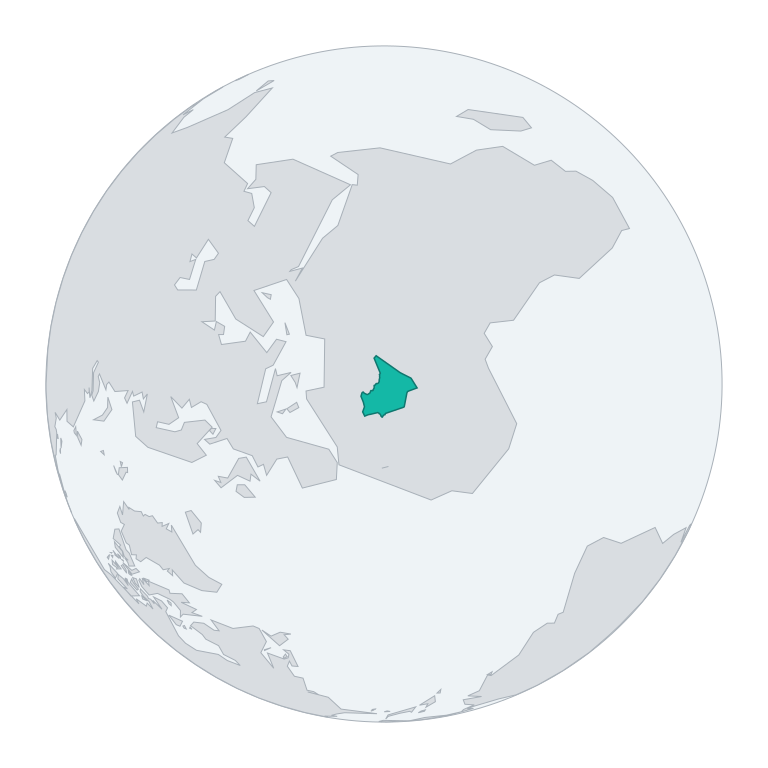 Tamanghasset on an orthographic globe, rotated 249°
{"feature_id": "DZA-2189", "entity_name": "Tamanghasset", "entity_type": "Province", "adm_level": 1, "iso_a3": "DZA", "parent_name": "Algeria", "parent_adm1": "", "projection": "orthographic", "projection_center": [6.568, 24.092], "detail": "medium", "context": "on_globe", "style": "filled", "palette": "teal", "viewbox_px": 768, "rotation_deg": 249, "n_neighbors": 0, "source": "natural_earth", "source_scale": "10m", "svg_char_len": 10655}
<svg xmlns="http://www.w3.org/2000/svg" viewBox="0 0 768 768"><g transform="rotate(249 384 384)"><circle cx="384" cy="384" r="338" fill="#eef3f6" stroke="#a8b0b8"/><path d="M368.4,46.4L356.1,47.3L369.5,46.7L352.7,49.5L310.9,56.5L303.8,60.8L266.6,76.4L272.3,75.7L261.8,82.5L264.4,84.4L256.7,87.7L265.4,86.6L271.9,83.4L277.8,82.0L280.0,83.2L270.6,87.2L268.2,87.2L266.6,89.1L261.0,90.8L264.9,90.6L253.3,96.0L267.8,92.6L261.2,98.6L252.6,101.7L249.7,98.7L222.6,101.9L213.1,105.8L202.6,113.5L190.9,132.4L182.0,138.6L172.7,148.9L179.3,146.1L189.0,137.3L199.0,135.8L209.6,126.2L215.2,124.6L227.7,116.8L229.9,121.1L225.2,130.0L215.0,137.1L212.7,141.6L225.7,138.0L209.9,155.4L205.0,175.1L200.5,179.8L185.7,181.9L177.3,172.7L158.1,179.2L174.6,178.8L163.0,192.2L162.7,196.4L165.8,198.4L171.8,195.0L168.6,200.9L151.1,202.5L153.7,197.1L159.2,196.4L155.2,192.6L143.3,195.6L138.4,203.0L125.7,202.4L122.0,208.1L117.2,211.7L123.9,202.4L111.5,219.7L95.9,227.4L78.7,259.3L91.2,229.5L92.9,221.7L93.5,216.2L90.5,221.2L95.3,209.4L93.0,212.2L105.9,192.1L120.2,172.9L135.7,154.7L152.6,137.7L170.6,122.0L189.7,107.6L209.7,94.5L230.6,82.9L252.3,72.8L274.7,64.3L297.6,57.3L320.9,52.0L344.5,48.4L368.4,46.4ZM68.0,264.2L67.3,266.1L70.8,258.1L70.3,262.6L60.5,286.8L58.0,302.8L52.4,323.7L50.3,338.7L51.6,341.6L52.1,353.3L56.0,344.8L60.8,344.8L57.3,363.1L62.8,350.5L63.5,363.1L75.2,376.4L73.4,379.5L82.7,412.7L98.6,434.5L102.2,450.7L99.7,457.4L106.6,464.0L106.7,469.5L139.0,494.2L159.8,515.7L162.0,534.0L150.3,548.3L152.9,585.7L135.3,587.0L139.8,600.6L141.6,614.5L129.8,604.5L142.5,618.7L143.5,621.1L138.4,616.1L119.7,594.5L102.8,571.4L88.0,546.9L74.5,518.1L68.5,503.4L59.8,479.3L52.3,448.4L47.9,419.4L47.1,407.1L46.5,395.7L48.9,378.4L51.0,351.9L50.9,345.3L49.1,351.3L51.4,325.5L56.0,303.5L58.4,293.6L68.0,264.2ZM73.6,269.2L71.2,297.9L67.7,292.1L69.2,290.7L70.9,281.0L72.2,268.9L70.6,265.5L73.6,269.2ZM83.2,258.0L83.3,254.5L83.9,256.7L83.2,258.0ZM225.7,115.0L226.6,115.9L223.8,116.9L225.7,115.0ZM230.1,111.1L226.2,111.6L227.7,109.9L230.1,109.5L230.1,111.1ZM234.7,110.9L231.0,106.7L233.8,103.8L245.3,100.3L234.7,110.9ZM394.0,46.2L396.5,46.3L397.6,46.4L399.9,46.5L397.9,46.9L386.1,46.1L375.5,46.2L376.7,46.2L394.0,46.2ZM273.0,81.9L266.2,85.4L269.9,81.6L273.0,81.9ZM273.9,79.9L276.8,71.8L287.9,67.8L284.7,71.0L297.5,65.7L301.5,67.7L295.4,71.0L287.4,73.0L295.0,72.4L273.9,79.9ZM394.1,47.5L396.0,48.0L391.8,47.7L394.1,47.5ZM280.5,81.2L280.1,79.6L289.7,76.0L292.3,78.5L288.3,78.8L280.5,81.2ZM298.9,63.7L306.5,61.8L311.8,62.8L315.5,62.3L302.6,67.4L298.9,63.7ZM287.3,80.3L293.3,80.0L290.8,83.0L281.6,82.6L287.3,80.3ZM291.1,74.1L295.8,72.6L294.0,74.2L291.1,74.1ZM285.0,94.4L284.3,91.9L289.2,89.7L285.0,94.4ZM295.8,79.8L296.7,78.8L298.5,77.8L301.9,78.4L295.8,79.8ZM307.2,68.0L307.9,69.0L312.8,65.9L317.0,67.0L307.6,70.4L313.4,69.4L314.7,69.8L305.6,72.3L307.2,68.0ZM310.9,76.2L300.4,81.8L300.7,86.4L296.3,88.4L296.7,80.6L310.9,76.2ZM308.6,73.6L309.0,75.5L303.4,76.6L299.5,76.0L308.6,73.6ZM323.2,66.7L319.2,64.1L321.4,63.5L323.2,66.7ZM312.1,77.2L314.6,75.9L312.8,77.4L312.1,77.2ZM321.1,69.5L319.3,68.5L321.9,67.9L321.1,69.5ZM321.1,74.3L317.7,76.0L315.0,75.5L321.1,74.3ZM322.0,71.9L325.9,71.3L316.0,74.3L320.8,71.5L322.0,71.9ZM323.7,69.0L324.7,68.3L324.1,69.6L323.7,69.0ZM333.3,75.8L321.5,79.8L315.6,78.4L327.8,74.6L333.3,75.8ZM498.7,66.1L505.6,68.7L536.6,82.5L535.6,82.0L557.2,93.8L577.8,107.2L597.5,122.1L616.0,138.3L633.3,155.9L649.2,174.6L663.8,194.5L676.8,215.4L688.3,237.1L698.2,259.7L706.4,282.9L713.0,306.7L712.1,304.2L717.2,328.2L717.8,331.1L719.1,340.1L718.6,337.9L715.0,317.6L707.3,292.8L708.5,304.3L704.7,292.7L694.3,276.1L694.0,292.4L696.0,336.6L702.4,367.6L700.4,385.8L682.9,350.9L671.6,323.8L667.5,330.8L647.8,314.2L620.0,328.5L614.1,322.3L609.3,328.8L595.1,326.1L585.3,315.5L577.6,319.5L603.1,347.2L611.2,343.1L615.2,326.6L621.0,337.7L634.5,343.3L626.5,379.6L582.0,424.1L574.5,401.7L524.3,346.3L524.0,338.5L523.7,337.7L522.9,336.4L521.5,349.4L511.8,338.1L542.1,378.9L548.5,397.7L581.5,425.8L579.2,430.3L588.8,434.9L615.8,415.9L616.7,423.8L605.9,464.9L565.6,524.9L569.2,554.1L563.3,580.0L534.3,602.8L533.0,620.3L517.5,629.6L513.9,639.5L499.3,651.8L476.2,664.3L441.2,668.9L442.1,660.9L429.2,645.9L412.6,604.1L424.7,582.2L422.8,565.4L397.1,527.8L403.0,505.0L395.4,495.7L380.1,498.6L370.9,487.3L361.3,487.2L299.4,493.7L278.8,477.2L250.1,427.3L260.0,409.1L258.8,386.4L324.7,313.0L342.0,317.8L397.8,306.4L405.4,308.7L402.5,326.9L447.3,344.8L457.4,328.7L494.3,335.2L516.5,330.5L517.9,296.1L481.5,303.1L471.5,288.3L497.8,268.9L529.0,264.0L526.2,258.2L503.3,249.0L507.4,236.3L495.1,245.0L502.4,249.9L494.9,255.9L487.7,251.9L489.4,247.3L479.1,246.4L473.6,270.0L480.4,277.7L455.3,285.8L464.3,299.7L458.6,307.7L441.3,287.3L440.6,279.0L411.0,258.7L409.5,267.9L437.3,288.2L430.0,287.2L428.1,301.4L423.8,289.8L393.8,266.8L369.1,273.9L342.9,309.1L327.4,312.2L311.9,305.3L316.1,270.5L350.4,267.9L352.3,257.0L340.8,241.7L352.2,242.7L351.7,236.6L364.3,235.3L377.4,220.1L389.4,217.9L390.3,199.8L396.6,196.6L394.3,207.9L399.1,215.2L428.5,211.3L433.0,206.9L431.1,195.8L439.5,196.8L433.9,186.7L448.7,180.4L426.1,180.2L423.4,168.8L429.9,159.1L424.9,155.7L414.3,171.7L413.7,178.3L419.7,183.9L414.5,203.9L405.3,208.1L395.3,188.2L381.2,192.6L379.6,176.5L409.5,140.9L424.1,133.4L457.4,142.7L456.5,149.9L444.0,149.7L459.5,159.5L456.3,154.0L463.2,155.3L462.4,146.0L467.2,146.5L458.1,137.2L464.0,136.8L469.6,142.7L473.4,130.1L484.4,127.9L482.9,124.9L478.2,122.3L495.3,122.0L493.4,119.9L487.1,119.1L479.3,114.6L472.1,107.0L478.4,107.2L481.9,110.0L498.6,116.9L506.7,125.2L508.6,124.6L503.0,117.6L482.6,109.0L476.5,104.5L486.4,107.4L482.4,106.0L481.3,103.8L486.2,102.3L475.4,98.7L455.3,78.6L462.8,74.7L473.8,78.8L466.5,68.4L475.4,66.8L469.6,65.8L462.1,61.4L459.2,61.7L455.8,61.0L435.3,52.5L435.3,51.5L419.9,48.7L416.9,48.4L415.9,48.8L397.9,46.9L399.9,46.5L425.0,48.6L450.0,52.6L474.6,58.4L498.7,66.1ZM306.2,351.8L305.4,358.6L306.2,351.8ZM565.4,276.3L582.0,271.9L568.9,254.1L574.2,251.3L567.8,246.7L567.8,252.9L551.3,239.9L556.5,231.8L551.6,223.9L545.7,225.1L539.0,242.5L562.6,260.6L561.2,270.1L565.4,276.3ZM75.7,376.6L76.6,381.8L74.4,379.7L75.7,376.6ZM64.8,298.2L65.4,301.5L65.0,305.8L64.0,304.5L64.8,298.2ZM76.5,322.8L78.5,327.6L75.4,325.7L76.5,322.8ZM71.4,302.0L74.8,319.6L69.0,318.1L67.2,307.3L69.8,310.4L71.4,302.0ZM77.9,266.7L77.7,269.8L76.1,272.4L77.9,266.7ZM83.7,259.7L83.4,259.3L84.5,255.8L83.7,259.7ZM164.0,192.1L165.3,192.1L167.2,195.2L164.1,195.9L164.0,192.1ZM189.5,198.1L183.9,207.5L185.7,200.9L180.1,203.1L177.1,192.7L198.1,181.8L189.1,188.2L189.5,198.1ZM178.8,177.1L178.3,184.1L178.0,176.9L178.8,177.1ZM336.8,207.4L342.5,210.9L339.8,217.9L324.5,223.2L328.2,212.9L336.8,207.4ZM351.2,214.5L345.5,194.7L354.7,191.4L350.5,196.4L357.2,196.2L352.2,204.4L366.6,221.7L365.1,229.2L337.7,233.5L347.5,227.5L341.3,224.1L351.2,214.5ZM314.7,158.2L312.4,151.9L335.5,152.6L335.0,158.6L319.7,163.6L311.3,159.6L314.7,158.2ZM255.7,106.7L253.3,105.9L255.9,104.5L260.1,104.1L255.7,106.7ZM284.3,93.4L268.8,109.5L265.3,109.2L260.5,120.3L249.4,123.9L252.9,116.4L240.7,128.1L239.4,122.8L232.2,131.1L241.1,114.0L239.4,110.4L245.5,112.8L255.8,109.4L259.8,106.9L269.7,97.5L271.2,89.1L281.6,85.3L288.6,84.8L289.8,86.2L282.7,88.0L289.5,88.6L280.0,92.5L284.3,93.4ZM364.3,93.5L355.5,93.0L367.5,98.8L358.2,101.1L360.2,101.6L354.8,105.6L351.8,111.6L347.0,112.0L347.9,114.2L344.4,117.2L344.0,120.6L335.3,122.8L334.1,127.3L330.6,125.8L330.9,133.1L326.8,128.8L321.9,132.9L328.5,134.9L282.4,142.9L266.3,151.1L255.1,160.8L249.5,153.3L256.4,139.9L269.9,125.9L286.3,119.7L280.8,118.0L287.0,114.7L288.7,117.4L289.7,111.3L295.3,109.5L307.3,99.8L305.3,93.2L309.7,89.9L313.2,91.6L315.1,87.2L324.8,88.5L328.1,86.4L340.9,86.0L345.9,91.3L349.2,88.6L359.1,88.8L364.3,93.5ZM336.8,75.8L344.9,80.7L343.7,84.6L321.8,83.8L317.4,85.5L303.4,86.1L305.4,80.7L309.2,80.9L313.4,79.9L311.1,82.0L316.1,79.7L321.5,80.1L326.9,78.5L328.0,80.4L336.8,75.8ZM411.8,301.5L417.2,301.7L425.3,300.1L424.2,309.5L411.8,301.5ZM391.1,286.0L395.7,284.4L398.2,295.9L392.5,296.0L391.1,286.0ZM396.2,274.3L395.8,283.5L392.6,278.6L396.2,274.3ZM398.4,206.3L403.0,204.4L404.4,206.9L402.7,211.1L398.4,206.3ZM398.1,114.6L393.2,112.9L394.1,111.6L388.1,105.3L394.6,103.6L400.7,106.8L398.1,114.6ZM512.9,303.0L507.8,310.7L503.8,308.3L506.4,306.1L512.9,303.0ZM464.8,311.0L476.8,313.5L464.4,313.5L464.8,311.0ZM404.2,111.7L400.9,109.2L406.2,110.0L404.2,111.7ZM399.0,102.2L404.8,102.4L394.6,102.7L399.0,102.2ZM610.1,560.9L583.1,609.2L570.3,613.5L571.1,602.4L583.2,574.7L599.1,562.3L607.8,547.6L610.1,560.9ZM721.6,368.9L720.3,357.6L720.5,353.6L720.7,355.6L721.6,368.9ZM703.4,369.8L708.4,384.5L706.7,390.2L703.4,369.8ZM454.7,100.0L455.9,110.0L461.1,117.5L470.7,121.5L457.6,120.8L449.7,109.2L454.7,100.0ZM454.6,80.9L446.2,78.4L449.4,77.4L451.7,77.8L454.6,80.9ZM449.9,80.9L440.4,82.1L435.4,79.3L443.8,78.9L449.9,80.9ZM422.6,95.3L422.5,98.2L418.2,97.4L422.6,95.3ZM398.9,47.9L396.3,48.0L396.7,47.6L398.9,47.9ZM454.4,61.3L449.9,60.3L450.5,59.5L454.4,61.3ZM437.7,57.4L440.1,58.9L434.9,57.1L437.7,57.4ZM446.0,62.8L439.8,59.5L449.5,62.9L446.0,62.8Z" fill="#d9dde1" stroke="#a8b0b8" stroke-width="1"/><path d="M413.2,386.8L389.0,403.0L386.5,405.2L379.9,411.2L379.7,411.3L379.4,411.4L368.5,413.5L368.6,404.7L368.5,403.4L368.1,402.8L367.5,402.2L355.6,394.8L355.4,394.4L355.3,394.2L356.0,374.9L355.9,374.7L355.1,374.0L355.0,373.9L355.0,373.7L355.1,373.1L355.1,372.7L355.0,372.4L354.2,371.2L353.7,370.7L353.7,370.4L353.8,370.3L354.1,370.1L354.5,370.0L354.9,369.8L355.0,369.7L355.4,369.7L355.7,369.8L356.0,369.7L356.7,369.7L357.2,369.6L357.3,369.5L357.6,369.3L357.9,368.9L358.0,368.9L358.6,368.8L358.7,368.7L359.4,368.0L359.6,367.9L359.6,367.7L360.6,360.2L360.9,358.9L361.0,357.7L360.9,354.5L365.6,354.1L369.7,357.6L374.6,358.2L380.8,358.1L383.4,360.1L383.7,360.4L383.9,360.9L384.0,361.6L383.8,361.8L382.4,362.3L381.1,363.6L380.7,363.9L380.4,364.2L380.2,364.5L380.1,365.0L380.2,365.7L380.7,367.7L380.8,367.8L381.1,368.1L382.1,368.9L382.3,369.0L382.5,369.5L382.4,369.6L382.0,370.8L381.9,370.9L381.9,371.2L381.9,371.3L382.0,371.4L382.0,371.5L382.6,371.8L383.7,373.3L383.8,373.4L384.5,373.6L384.8,373.8L386.1,374.2L386.2,374.3L386.2,374.6L386.3,375.7L386.9,376.4L387.0,376.6L387.2,376.8L387.2,377.0L386.9,377.6L386.8,378.0L386.8,378.6L386.9,379.1L387.0,379.3L387.4,379.6L387.5,379.7L387.6,379.8L387.7,380.0L388.0,380.4L388.3,380.6L388.5,380.7L389.0,380.7L389.2,380.8L389.4,380.9L389.5,381.0L389.8,381.1L390.1,381.4L390.3,381.5L390.5,381.6L390.8,381.9L391.1,382.0L391.4,382.3L391.8,382.4L392.2,382.4L392.6,382.6L392.9,382.7L393.1,382.8L393.3,382.9L393.8,383.1L394.5,383.1L394.7,383.4L394.9,383.9L395.1,384.0L395.4,384.4L395.5,384.4L411.7,384.0L413.2,386.8Z" fill="#14b8a6" stroke="#0f766e" stroke-width="1.5"/></g></svg>